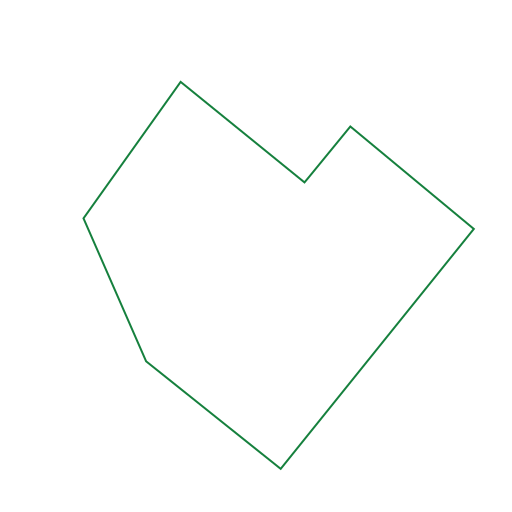 the district of Fayette, Ohio, United States of America, rotated 125°
{"feature_id": "52423323B90080084315603", "entity_name": "Fayette", "entity_type": "district", "adm_level": 2, "iso_a3": "USA", "parent_name": "United States of America", "parent_adm1": "Ohio", "projection": "natural_earth1", "projection_center": [-83.482, 39.547], "detail": "fine", "context": "isolated", "style": "outline", "palette": "green", "viewbox_px": 512, "rotation_deg": 125, "n_neighbors": 0, "source": "geoboundaries", "source_scale": "gbopen_adm2", "svg_char_len": 272}
<svg xmlns="http://www.w3.org/2000/svg" viewBox="0 0 512 512"><g transform="rotate(125 256 256)"><path d="M324.1,418.9L405.3,285.6L416.2,113.7L108.9,93.1L95.8,253.0L160.8,257.9L167.9,258.5L156.6,417.6L324.1,418.9Z" fill="none" stroke="#15803d" stroke-width="2"/></g></svg>